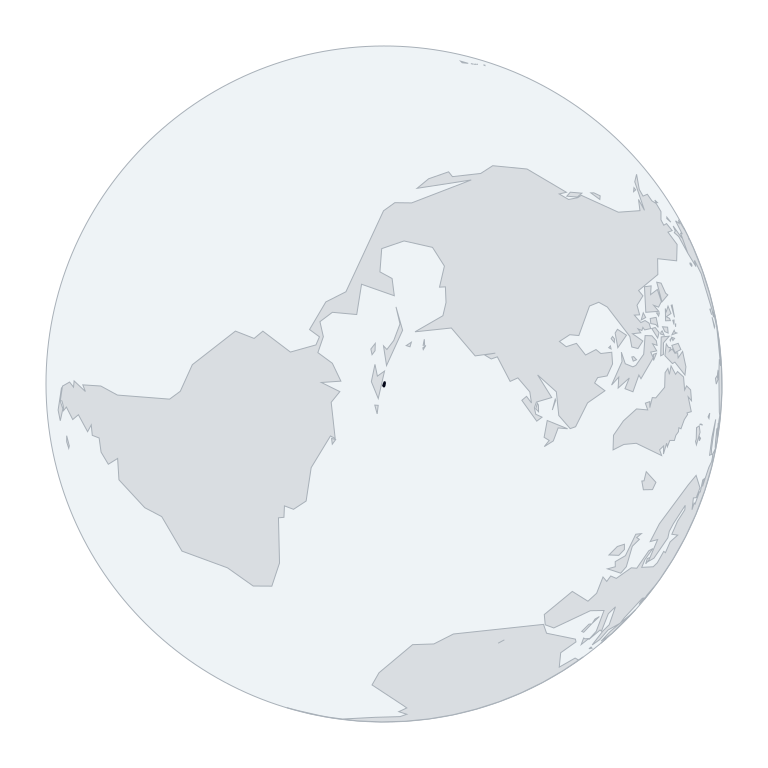 Puerto Plata highlighted on a globe, orthographic projection, rotated 87°
{"feature_id": "DOM-1965", "entity_name": "Puerto Plata", "entity_type": "Province", "adm_level": 1, "iso_a3": "DOM", "parent_name": "Dominican Republic", "parent_adm1": "", "projection": "orthographic", "projection_center": [-70.865, 19.728], "detail": "fine", "context": "on_globe", "style": "filled", "palette": "ink", "viewbox_px": 768, "rotation_deg": 87, "n_neighbors": 0, "source": "natural_earth", "source_scale": "10m", "svg_char_len": 10019}
<svg xmlns="http://www.w3.org/2000/svg" viewBox="0 0 768 768"><g transform="rotate(87 384 384)"><circle cx="384" cy="384" r="338" fill="#eef3f6" stroke="#a8b0b8"/><path d="M341.4,449.9L333.5,446.0L325.7,455.5L299.0,437.8L289.9,417.2L211.0,375.4L203.5,363.7L204.6,346.9L184.8,286.2L190.3,340.7L181.4,328.7L175.5,308.4L180.5,304.8L178.8,276.4L171.7,264.0L176.8,229.9L202.1,191.8L203.4,199.1L209.4,190.0L208.1,180.8L205.9,177.1L224.7,141.0L224.3,119.3L213.0,120.2L224.2,114.8L195.2,123.0L187.8,120.8L203.1,118.9L209.9,115.5L208.3,111.1L215.1,106.9L218.1,102.7L226.3,98.4L234.6,98.8L240.1,96.3L238.6,93.5L245.9,88.2L247.2,92.5L260.0,84.0L276.3,85.3L273.2,104.2L289.0,104.8L304.0,124.9L309.5,120.8L318.6,127.2L328.3,125.1L328.3,130.4L336.1,124.3L334.3,120.0L337.1,116.1L342.6,114.8L343.6,120.9L341.0,122.5L344.1,123.7L342.2,127.5L346.3,124.9L346.8,133.2L354.6,123.3L361.9,128.5L360.0,134.6L349.4,136.0L318.8,157.0L313.6,165.3L316.9,174.7L345.8,186.9L344.5,195.9L350.7,206.6L356.3,200.1L353.5,189.7L365.6,181.2L360.7,170.5L364.9,165.9L364.2,154.9L375.9,154.7L387.6,160.8L388.8,170.3L394.0,173.6L402.3,163.7L413.5,181.7L436.7,194.9L438.3,200.4L424.6,211.1L400.8,212.3L383.0,230.1L406.3,217.2L410.0,232.7L415.6,235.1L422.2,234.0L425.4,227.9L429.1,233.4L407.5,247.2L403.8,242.3L410.7,237.7L399.5,238.8L384.9,250.0L388.0,257.9L362.8,269.4L364.6,275.6L360.2,282.1L359.0,271.2L360.7,291.5L331.6,313.8L333.5,350.3L318.9,321.6L305.9,317.8L290.2,317.6L290.2,323.5L269.4,317.5L250.1,328.4L242.2,356.5L248.7,379.2L271.8,382.2L279.1,370.4L296.4,369.1L283.2,401.2L313.2,407.6L309.7,431.8L318.4,444.7L333.6,442.1L349.2,448.4L360.6,434.5L378.9,426.9L379.2,446.5L389.3,428.5L399.5,437.7L435.9,435.6L433.1,440.2L463.7,461.1L496.8,467.9L504.4,480.9L500.5,489.8L511.9,490.9L512.1,496.4L557.3,497.7L580.0,506.6L578.9,525.2L559.4,549.9L540.3,594.5L504.8,612.9L495.0,629.4L465.8,653.7L444.4,653.9L449.7,663.5L437.2,670.1L423.0,671.3L420.0,678.0L409.5,678.5L416.1,682.5L398.7,690.8L403.2,696.7L390.4,702.4L393.8,705.4L389.1,705.4L384.1,706.5L383.5,708.1L369.3,705.2L365.6,697.9L370.9,694.2L364.7,693.3L375.9,682.6L369.1,684.8L371.2,666.9L381.1,650.8L387.9,598.9L380.6,587.8L354.7,574.4L323.4,529.6L331.7,511.3L324.9,502.2L347.2,475.8L341.4,449.9ZM65.6,290.6L68.2,283.1L67.3,289.1L65.6,290.6ZM69.4,277.8L68.6,280.5L69.2,278.1L69.4,277.8ZM69.6,275.6L69.5,277.2L69.3,276.1L69.6,275.6ZM69.5,273.5L69.7,274.3L69.6,274.5L69.5,273.5ZM331.3,362.6L365.7,380.5L345.9,382.5L349.7,379.3L341.1,372.0L324.9,364.9L307.6,368.0L331.3,362.6ZM70.5,268.0L70.9,266.5L71.3,266.5L70.5,268.0ZM347.4,342.9L341.4,341.4L347.3,341.4L347.4,342.9ZM203.8,176.4L207.4,181.2L206.0,191.6L202.2,187.9L203.8,176.4ZM207.4,158.3L211.0,158.8L204.0,167.4L204.1,164.4L207.4,158.3ZM203.3,122.5L205.0,124.7L201.0,124.1L203.3,122.5ZM217.1,103.0L214.5,103.9L217.2,101.4L217.1,103.0ZM357.8,155.9L360.9,155.4L359.5,157.7L357.8,155.9ZM354.6,151.8L350.6,154.8L348.5,153.3L351.0,151.5L354.6,151.8ZM232.2,92.8L237.4,89.1L233.6,92.9L232.2,92.8ZM360.0,148.6L345.2,150.5L341.6,148.0L348.0,139.3L360.0,148.6ZM241.3,87.0L253.7,79.0L249.0,79.9L269.4,73.7L252.1,82.0L248.1,86.2L246.4,85.1L241.3,87.0ZM331.3,119.2L333.5,123.8L326.5,121.4L331.3,119.2ZM326.1,118.8L300.5,118.8L300.0,112.1L308.7,113.1L303.9,106.1L316.2,102.7L321.6,105.8L319.5,110.6L325.8,105.8L326.1,118.8ZM278.7,72.0L282.9,70.5L280.1,72.2L278.7,72.0ZM337.6,114.4L332.5,114.7L331.7,108.8L341.8,107.2L338.8,109.5L337.6,114.4ZM296.6,106.3L297.8,102.0L308.1,98.0L309.9,95.9L316.5,102.1L296.6,106.3ZM341.8,110.2L347.0,106.6L352.4,108.3L342.6,113.7L341.8,110.2ZM327.3,108.1L327.4,105.3L330.6,106.2L327.3,108.1ZM374.6,113.6L368.5,113.5L367.6,110.3L374.6,113.6ZM348.5,105.2L346.6,104.6L345.5,103.5L349.9,101.7L348.5,105.2ZM323.3,99.1L327.3,98.6L321.1,96.3L328.6,93.7L331.6,98.6L333.4,95.4L335.7,94.7L335.6,99.5L323.3,99.1ZM351.2,96.7L357.6,102.8L369.1,103.4L370.3,106.2L351.5,104.7L351.2,96.7ZM342.1,97.8L348.0,97.6L346.4,100.8L341.4,102.9L342.1,97.8ZM332.6,90.4L320.4,93.1L320.1,92.1L332.6,90.4ZM354.9,96.1L353.3,94.7L355.9,95.8L354.9,96.1ZM339.8,91.3L335.5,92.3L335.3,91.0L339.8,91.3ZM353.6,91.4L355.7,93.2L352.3,94.5L353.6,91.4ZM347.5,90.8L348.4,88.9L349.9,93.9L345.6,91.4L347.5,90.8ZM340.3,90.0L338.8,89.5L342.2,89.8L340.3,90.0ZM365.1,85.7L367.9,91.8L360.5,94.5L358.8,88.1L365.1,85.7ZM393.0,710.8L370.5,706.2L383.2,708.5L392.0,706.0L403.8,709.2L393.0,710.8ZM419.0,703.6L429.3,701.5L431.7,702.2L425.2,703.9L419.0,703.6ZM645.1,169.5L652.1,180.6L642.9,171.0L627.2,150.0L622.5,144.6L645.1,169.5ZM612.7,135.2L610.9,133.9L599.5,123.9L608.7,132.6L611.8,134.8L617.6,140.8L615.2,139.3L611.3,135.5L611.5,137.2L630.1,156.3L635.2,160.6L641.4,173.1L650.6,182.0L655.5,189.8L641.9,178.1L636.2,171.7L618.6,164.5L625.1,172.0L642.2,179.8L641.0,181.1L650.0,193.0L642.1,185.0L621.7,176.1L621.2,189.8L636.5,227.2L632.9,235.6L622.6,236.0L601.0,206.8L611.6,191.7L604.1,182.6L588.2,175.4L592.8,171.9L587.6,167.6L590.3,162.2L580.5,146.7L581.2,141.2L564.4,128.3L562.4,124.1L572.9,132.6L580.6,136.2L580.6,124.7L576.8,120.4L565.8,113.4L567.2,111.8L556.6,106.5L550.3,98.6L549.1,104.4L536.3,98.0L525.4,90.2L520.9,89.5L538.7,102.4L546.0,106.8L552.5,108.6L572.1,123.6L575.0,129.3L553.7,118.9L555.3,126.4L538.0,116.3L500.6,85.4L491.6,77.1L504.2,73.9L513.8,78.1L514.0,81.0L525.7,83.0L519.1,80.5L520.2,79.7L508.2,74.6L508.4,73.8L496.5,70.7L495.5,69.3L503.0,71.3L484.3,64.0L478.7,60.9L474.3,59.8L471.3,59.4L466.1,56.6L463.1,55.9L463.7,56.5L458.1,55.8L446.3,54.0L445.1,53.0L449.3,53.6L456.2,54.0L467.3,56.5L465.6,56.1L455.7,53.8L447.2,53.1L440.5,52.3L443.1,52.0L441.6,52.0L437.9,51.4L433.1,50.3L429.6,50.6L390.0,49.0L376.8,47.8L383.6,46.9L354.7,48.2L342.1,48.9L342.6,49.1L329.2,51.2L332.9,50.9L332.2,51.3L299.3,59.4L290.7,61.4L277.2,67.2L277.5,67.6L283.1,66.3L269.4,73.7L249.0,79.9L249.4,78.5L236.3,84.3L239.1,80.8L235.4,81.3L246.1,75.6L243.8,76.5L252.7,72.6L255.9,71.8L254.9,71.7L261.3,69.2L263.4,68.3L287.1,60.3L311.2,54.0L335.8,49.5L360.6,46.9L385.5,46.1L410.5,47.1L435.3,50.0L459.8,54.7L483.9,61.2L507.4,69.4L530.3,79.4L552.4,91.0L573.6,104.3L593.7,119.0L612.7,135.2ZM702.1,498.0L704.9,489.5L713.0,461.0L716.4,443.0L716.4,410.6L717.0,385.4L715.0,378.5L712.0,386.4L708.7,378.2L706.2,381.4L683.9,411.7L672.1,404.1L645.8,369.1L646.2,347.8L637.3,327.8L632.4,237.3L641.4,234.7L648.8,206.2L651.6,205.8L661.6,221.6L675.9,223.8L667.7,207.5L669.8,204.2L667.0,199.4L679.4,219.9L690.3,241.3L699.6,263.3L707.4,286.0L713.5,309.2L718.0,332.7L720.8,356.5L721.9,380.5L721.3,404.4L719.0,428.3L715.0,451.9L709.4,475.2L702.1,498.0ZM645.8,277.2L648.7,283.4L648.8,283.5L645.8,277.2ZM437.0,435.2L441.4,438.8L435.6,439.2L437.0,435.2ZM343.0,390.6L350.3,391.2L354.1,394.4L348.4,395.3L343.0,390.6ZM405.0,390.9L413.5,392.4L404.6,394.3L405.0,390.9ZM371.1,382.8L398.2,390.5L381.0,396.5L363.9,392.0L375.8,390.2L371.1,382.8ZM343.7,354.5L348.2,356.1L346.8,359.8L343.7,354.5ZM351.7,343.0L349.9,343.3L347.7,340.2L351.7,343.0ZM411.3,231.8L413.1,230.9L419.8,231.1L416.7,233.8L411.3,231.8ZM449.7,217.9L454.9,227.2L449.0,222.0L445.6,226.9L429.0,222.9L438.3,203.0L437.0,212.4L449.7,217.9ZM409.3,213.4L418.8,217.3L408.1,213.8L409.3,213.4ZM556.6,152.3L561.9,152.6L567.4,158.5L566.5,168.3L558.5,159.5L556.6,152.3ZM568.1,151.9L547.2,140.4L546.9,134.8L550.6,139.7L552.5,137.1L559.0,144.5L579.2,151.6L585.3,157.5L580.3,170.5L578.6,162.6L573.5,162.4L568.1,151.9ZM494.3,129.4L485.3,126.7L496.4,117.6L503.5,121.4L503.2,130.5L494.4,131.6L494.3,129.4ZM374.2,133.9L370.0,135.1L369.7,133.2L373.0,130.5L374.2,133.9ZM371.9,113.8L392.2,127.1L388.4,129.0L404.8,135.8L401.3,143.6L390.8,138.7L400.3,150.4L389.4,149.2L397.0,156.8L374.0,145.1L364.6,145.3L376.4,142.0L379.9,134.6L378.6,131.5L367.9,123.1L349.3,120.7L349.9,113.9L355.1,109.8L359.7,109.3L357.9,113.7L365.2,109.9L366.1,116.0L371.9,113.8ZM416.8,77.8L412.8,80.9L427.7,78.6L428.7,82.9L430.3,82.4L435.3,86.0L444.3,89.8L443.1,91.8L447.1,92.5L450.5,95.2L455.6,97.0L455.3,101.5L461.5,104.3L457.9,104.9L468.6,108.6L460.5,108.0L464.1,112.2L470.0,110.5L456.4,135.2L456.9,147.6L461.8,158.7L447.2,157.5L433.4,146.9L422.1,133.1L423.7,122.0L416.8,124.0L415.5,119.5L421.5,119.8L411.6,116.8L412.1,113.3L402.0,103.9L387.4,102.7L383.3,99.7L389.3,98.5L381.0,96.4L389.6,92.3L386.9,90.2L392.6,84.5L405.7,84.1L401.7,81.9L405.9,78.1L416.8,77.8ZM367.1,84.1L382.6,81.6L390.8,83.0L377.4,92.4L378.7,94.9L370.4,102.0L358.8,100.0L362.2,98.1L362.8,95.8L366.2,97.3L364.0,94.4L368.6,91.8L368.2,89.1L373.3,88.9L367.1,84.1ZM648.1,197.9L649.0,196.5L648.9,192.8L654.5,200.7L648.1,197.9ZM634.6,191.9L634.4,189.2L642.4,197.6L641.4,199.5L634.6,191.9ZM627.5,181.1L633.8,188.5L629.8,185.6L627.5,181.1ZM572.1,130.2L571.1,127.4L573.7,128.7L577.3,132.1L572.1,130.2ZM461.1,75.2L457.5,75.9L455.6,75.1L444.0,74.2L442.3,71.4L448.7,70.9L461.1,75.2ZM651.6,177.6L654.2,181.0L653.2,179.9L651.5,177.6L649.7,175.2L651.6,177.6ZM657.5,191.0L658.7,190.1L659.1,193.2L657.5,191.0ZM457.3,72.1L452.8,71.9L454.8,70.7L457.3,72.1ZM440.5,69.5L441.7,67.9L440.8,71.0L440.5,69.5ZM436.7,54.6L454.7,58.2L466.5,60.4L471.4,60.4L472.2,62.6L453.9,59.2L436.7,54.6ZM395.9,49.4L391.7,50.5L388.3,49.8L388.8,49.5L395.9,49.4ZM397.0,50.2L401.5,52.2L395.7,52.7L393.3,51.0L397.0,50.2ZM430.1,60.2L435.5,61.3L433.8,62.1L430.1,60.2ZM281.4,70.2L282.8,70.5L279.2,71.3L281.4,70.2ZM334.6,51.2L332.9,51.8L328.8,52.3L334.6,51.2ZM326.1,54.3L332.0,53.2L326.3,54.7L326.1,54.3ZM345.0,51.1L334.5,52.9L343.9,50.7L345.0,51.1Z" fill="#d9dde1" stroke="#a8b0b8" stroke-width="1"/><path d="M382.0,383.4L382.1,383.2L382.3,383.4L382.4,383.2L382.5,383.2L382.8,382.9L383.0,382.9L383.3,382.8L383.5,382.9L383.4,383.0L383.5,383.0L383.5,382.9L383.8,383.0L384.1,382.9L384.2,383.0L384.4,383.3L384.5,383.3L384.4,383.4L384.6,383.4L384.9,383.6L385.1,383.7L385.3,383.8L385.6,383.8L385.9,383.8L386.0,383.8L386.0,383.7L386.4,383.7L386.7,384.1L386.6,384.4L386.4,384.4L386.3,384.5L386.2,384.5L385.9,384.6L385.9,385.0L385.4,385.1L385.3,384.9L385.1,384.6L384.9,384.5L384.8,384.8L384.6,384.8L384.5,384.7L384.3,384.6L384.2,384.5L383.8,384.5L383.6,384.4L383.4,384.2L383.2,384.1L382.9,384.0L382.7,383.9L382.3,383.8L382.2,383.7L382.0,383.4Z" fill="#0f172a" stroke="#020617" stroke-width="1.5"/></g></svg>